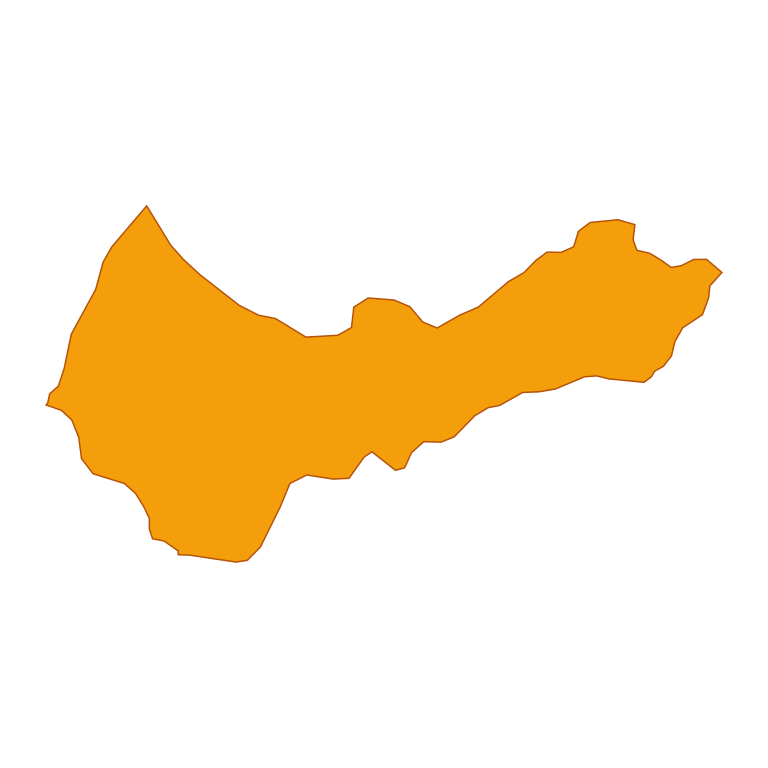 map outline of Taichung City (Robinson projection)
{"feature_id": "TWN-1174", "entity_name": "Taichung City", "entity_type": "Special Municipality", "adm_level": 1, "iso_a3": "TWN", "parent_name": "Taiwan", "parent_adm1": "", "projection": "robinson", "projection_center": [120.974, 24.233], "detail": "fine", "context": "isolated", "style": "filled", "palette": "amber", "viewbox_px": 768, "rotation_deg": 0, "n_neighbors": 0, "source": "natural_earth", "source_scale": "10m", "svg_char_len": 1307}
<svg xmlns="http://www.w3.org/2000/svg" viewBox="0 0 768 768"><path d="M46.1,405.0L47.7,403.0L49.7,393.8L58.3,386.2L64.2,368.4L71.3,334.2L95.7,289.4L103.2,262.0L111.9,246.7L146.7,205.9L170.8,245.3L183.2,259.2L199.7,274.5L239.1,305.3L258.5,315.2L275.6,318.6L305.9,337.1L337.8,335.3L351.5,327.5L353.8,307.1L368.2,298.0L394.0,300.0L409.8,306.7L422.9,322.1L437.1,328.0L460.2,314.9L478.3,307.1L508.6,281.5L524.0,272.6L536.0,260.3L547.1,252.1L561.0,252.4L573.7,246.8L578.5,231.2L588.2,224.0L590.2,222.5L617.9,219.7L625.3,221.9L634.9,224.6L633.1,240.0L636.9,250.3L649.8,253.3L661.3,260.3L671.1,267.4L681.3,265.7L693.8,259.4L706.6,259.4L721.9,272.5L709.8,285.9L708.7,297.5L702.5,314.6L682.7,327.8L674.9,341.5L671.5,355.8L663.5,366.2L654.6,371.2L651.4,376.8L644.0,382.3L609.0,378.9L596.7,375.9L584.5,376.8L555.4,389.0L539.0,391.8L522.8,392.4L499.7,405.4L488.1,407.7L474.9,415.6L454.2,436.8L441.1,442.1L423.7,441.7L411.5,452.7L404.6,467.8L395.5,470.3L371.9,451.8L364.1,457.1L349.0,478.3L333.2,479.1L306.7,475.0L289.9,483.5L280.2,507.0L260.4,547.0L247.3,560.3L236.3,562.1L189.2,555.1L178.2,554.7L178.1,550.8L163.8,540.9L152.6,538.8L149.4,529.4L149.3,518.4L144.1,507.3L135.6,493.5L124.4,483.5L93.2,473.8L81.5,458.7L78.8,437.6L71.8,420.0L61.4,410.3L46.1,405.0Z" fill="#f59e0b" stroke="#b45309" stroke-width="1.5"/></svg>